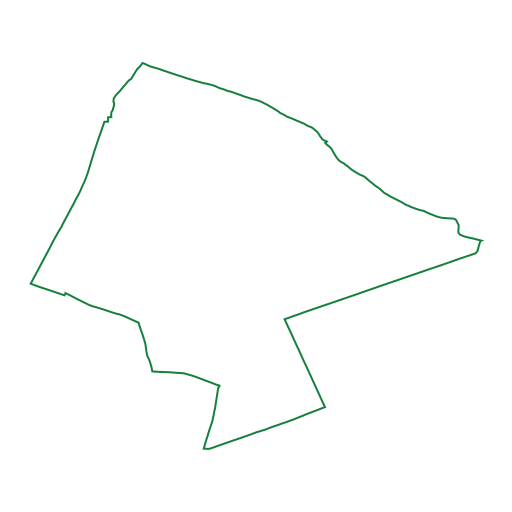 outline of Vartop, Dolj, Romania
{"feature_id": "2599482B4098580936602", "entity_name": "Vartop", "entity_type": "district", "adm_level": 2, "iso_a3": "ROU", "parent_name": "Romania", "parent_adm1": "Dolj", "projection": "natural_earth1", "projection_center": [23.359, 44.205], "detail": "fine", "context": "isolated", "style": "outline", "palette": "green", "viewbox_px": 512, "rotation_deg": 0, "n_neighbors": 0, "source": "geoboundaries", "source_scale": "gbopen_adm2", "svg_char_len": 5978}
<svg xmlns="http://www.w3.org/2000/svg" viewBox="0 0 512 512"><path d="M325.0,407.1L324.3,405.8L322.8,402.4L321.3,399.2L317.8,391.5L306.3,366.3L303.4,360.2L299.3,351.1L294.6,341.0L289.6,330.0L287.3,325.1L284.6,319.2L288.8,317.8L293.6,316.0L296.1,315.2L300.3,313.7L303.1,312.6L354.0,295.2L382.1,285.4L431.0,268.6L442.0,264.9L461.0,258.2L475.1,253.5L475.8,253.1L476.7,252.1L477.2,251.5L477.7,250.3L478.0,249.3L478.8,245.9L479.9,242.5L480.2,241.8L480.6,240.9L481.3,240.6L478.5,239.9L473.8,238.7L466.2,237.0L464.5,236.5L461.4,235.3L460.0,234.6L458.9,233.4L458.4,232.5L458.3,231.4L458.4,230.1L458.7,226.9L458.6,225.3L458.2,224.2L456.8,221.5L456.1,220.1L455.2,219.4L454.2,218.8L452.8,218.6L448.2,218.3L442.9,217.9L441.3,217.7L438.1,216.9L436.1,216.3L432.2,214.7L427.0,212.6L425.8,211.9L424.3,211.2L423.1,210.7L422.1,210.5L421.0,210.4L416.8,209.1L414.6,208.3L410.5,206.8L409.1,205.9L407.4,205.4L405.2,204.4L401.5,202.1L394.6,198.6L393.2,197.9L390.6,196.6L387.5,194.7L384.2,192.9L383.0,191.7L379.4,188.5L375.2,185.7L372.1,183.1L370.3,181.7L368.4,180.1L367.0,178.8L365.6,177.6L364.1,176.5L362.0,175.5L359.9,174.7L357.5,173.2L354.6,171.6L352.2,170.0L350.0,168.3L347.7,166.3L345.6,164.9L343.7,163.3L343.3,163.1L341.6,162.3L339.5,160.9L337.9,159.2L336.4,157.2L335.3,155.5L334.7,154.5L334.3,153.8L333.7,152.9L333.2,152.0L332.7,151.0L332.0,149.7L331.5,149.0L331.1,148.4L330.0,147.2L329.3,146.6L328.9,146.2L328.3,145.8L327.5,145.2L326.6,144.3L326.2,144.0L325.9,143.6L325.2,142.8L325.9,142.3L326.9,141.6L326.3,141.2L325.9,141.0L325.5,140.8L325.1,140.7L324.1,140.3L323.4,140.0L323.0,139.8L322.7,139.6L321.9,138.7L321.0,137.5L320.7,137.0L320.2,136.4L319.2,134.7L318.7,134.0L318.4,133.5L318.1,133.0L316.8,131.5L316.2,131.0L315.5,130.4L315.1,130.1L314.7,129.8L313.6,128.8L313.3,128.6L312.9,128.2L311.9,127.6L311.2,127.2L310.5,127.0L309.3,126.5L308.0,125.9L306.8,125.4L305.9,124.8L305.4,124.5L304.9,124.1L304.6,123.9L302.9,123.2L301.2,122.5L299.4,121.7L296.8,120.7L295.2,119.9L294.4,119.6L292.8,118.9L292.0,118.5L291.1,118.2L289.5,117.6L288.7,117.3L287.9,117.0L287.5,116.9L286.6,116.4L284.6,115.2L283.1,114.3L282.4,114.0L281.6,113.6L280.8,113.3L280.2,113.0L279.7,112.6L279.2,112.1L278.5,111.6L277.9,111.1L277.0,110.6L276.2,110.1L275.4,109.6L273.9,108.7L272.3,107.7L271.6,107.3L270.9,107.0L270.2,106.5L269.4,106.1L268.0,105.2L266.6,104.4L265.9,104.1L265.3,103.8L263.4,102.9L262.8,102.5L262.2,102.2L260.2,101.3L258.8,100.8L257.4,100.3L255.2,99.7L253.7,99.3L252.9,99.1L250.0,98.3L249.2,98.0L247.5,97.5L245.0,96.7L244.2,96.5L241.7,95.5L240.9,95.2L240.1,94.9L239.4,94.7L238.6,94.4L237.8,94.1L234.8,93.1L233.4,92.5L232.4,92.2L231.9,92.0L230.4,91.5L229.6,91.3L228.1,91.0L227.4,90.8L227.1,90.8L225.9,90.3L225.2,89.9L224.4,89.6L224.1,89.5L223.6,89.3L223.1,89.2L222.2,88.9L220.4,88.4L219.3,88.0L216.0,86.5L215.3,86.1L214.4,85.8L213.5,85.5L212.8,85.3L211.9,85.0L211.0,84.8L209.1,84.3L208.1,84.0L207.3,83.8L205.5,83.5L204.6,83.3L203.6,83.2L202.8,83.0L200.9,82.4L198.4,81.7L197.2,81.4L196.0,81.1L192.5,80.0L190.2,79.3L185.6,77.9L183.3,77.1L182.3,76.8L181.2,76.4L180.2,76.1L177.3,75.2L176.4,74.9L174.0,74.1L171.6,73.3L171.3,73.3L170.7,73.0L169.3,72.5L168.8,72.4L167.5,71.9L166.8,71.6L165.7,71.3L163.8,70.7L162.0,70.0L161.4,69.8L160.0,69.3L159.2,69.0L158.2,68.7L155.4,67.9L153.9,67.5L152.4,67.1L152.0,66.9L151.5,66.8L150.7,66.6L149.8,66.2L149.0,65.8L148.3,65.6L146.3,64.6L144.6,63.8L143.7,63.5L143.2,63.3L142.4,63.1L140.9,65.3L139.6,66.7L138.5,67.9L137.6,68.8L137.2,69.1L137.0,69.5L136.8,69.8L135.7,71.4L135.2,72.4L134.2,73.9L133.7,74.6L133.3,75.4L132.8,76.2L132.5,76.6L131.3,78.8L129.2,80.2L128.3,81.1L127.3,82.1L125.9,84.0L123.5,86.6L120.1,90.8L115.9,95.2L114.5,97.3L113.8,98.4L113.7,99.2L113.5,100.7L113.5,101.2L113.5,101.9L113.7,102.2L113.7,102.5L113.9,102.9L114.0,103.1L114.1,103.4L114.2,103.9L114.2,104.0L114.1,104.7L114.1,105.3L113.9,105.9L113.8,106.4L113.5,107.3L113.0,108.8L112.8,110.1L112.6,110.5L112.3,110.8L111.9,111.4L111.7,111.7L111.5,111.9L111.4,112.2L111.3,113.0L111.3,113.3L111.2,114.1L111.2,114.9L111.2,115.9L111.3,117.1L108.1,117.3L108.1,121.6L104.4,121.8L98.4,139.1L94.7,150.1L90.5,163.8L88.2,171.6L85.6,178.9L83.8,183.1L82.2,186.4L81.0,189.3L80.1,191.4L78.8,193.9L77.3,196.7L75.3,200.3L74.7,201.6L73.7,203.6L73.3,204.4L72.7,205.5L69.7,211.0L65.6,218.7L62.4,224.7L61.5,226.8L58.8,231.1L52.9,241.6L49.7,248.0L48.5,250.3L30.7,283.7L39.9,287.1L47.6,289.6L52.0,291.1L64.4,295.3L65.6,293.3L65.6,293.2L69.6,295.1L76.7,298.8L89.0,304.9L92.7,306.3L96.5,307.3L104.5,309.8L112.1,312.4L115.3,313.4L118.7,314.2L120.0,314.6L124.2,316.2L126.3,317.1L130.4,319.0L138.7,322.8L138.7,323.1L138.8,323.7L139.1,324.6L140.9,330.0L142.1,333.3L144.3,340.2L144.7,341.6L145.3,343.6L145.7,346.1L145.9,348.0L146.1,349.1L146.4,351.3L146.8,353.5L147.3,356.0L148.4,358.0L149.7,361.2L150.9,365.0L151.6,367.6L152.3,371.4L159.6,371.9L168.9,372.2L175.0,372.7L183.9,373.3L191.7,375.5L196.4,377.1L205.2,380.4L217.2,385.0L219.0,385.4L219.5,385.6L219.6,385.8L219.6,386.1L219.3,386.5L218.8,386.9L218.5,387.2L218.2,388.6L217.8,390.1L217.7,391.2L217.5,392.2L217.4,393.2L217.2,394.3L216.9,396.5L216.5,398.6L216.4,399.7L216.2,400.8L216.0,401.9L215.0,408.5L214.5,410.5L214.1,412.5L213.7,414.7L212.3,421.3L211.6,423.4L210.9,425.6L209.3,430.2L207.9,434.9L207.1,437.3L205.6,442.2L204.9,444.7L204.2,447.2L203.8,448.6L204.3,448.6L205.8,448.8L206.0,448.8L206.3,448.8L208.3,448.9L208.7,448.9L209.0,448.9L209.6,448.7L212.8,447.7L215.0,446.9L217.2,446.1L218.3,445.7L221.8,444.5L224.1,443.7L226.5,442.8L228.8,442.1L232.5,440.7L236.3,439.5L237.6,439.0L238.8,438.6L240.0,438.2L241.2,437.8L242.4,437.4L243.7,436.9L248.7,435.2L257.2,432.0L257.7,431.9L259.2,431.5L259.9,431.3L261.3,430.8L262.8,430.4L265.1,429.7L267.3,428.8L268.8,428.2L269.6,427.9L270.3,427.7L271.7,427.1L272.4,426.9L273.9,426.3L274.6,426.1L276.2,425.6L277.0,425.3L278.6,424.8L280.1,424.2L280.9,423.9L284.2,422.8L285.7,422.3L289.0,421.1L291.5,420.2L292.4,419.9L294.2,419.2L295.1,418.8L300.6,416.6L303.4,415.5L304.9,414.8L325.0,407.1Z" fill="none" stroke="#15803d" stroke-width="2"/></svg>